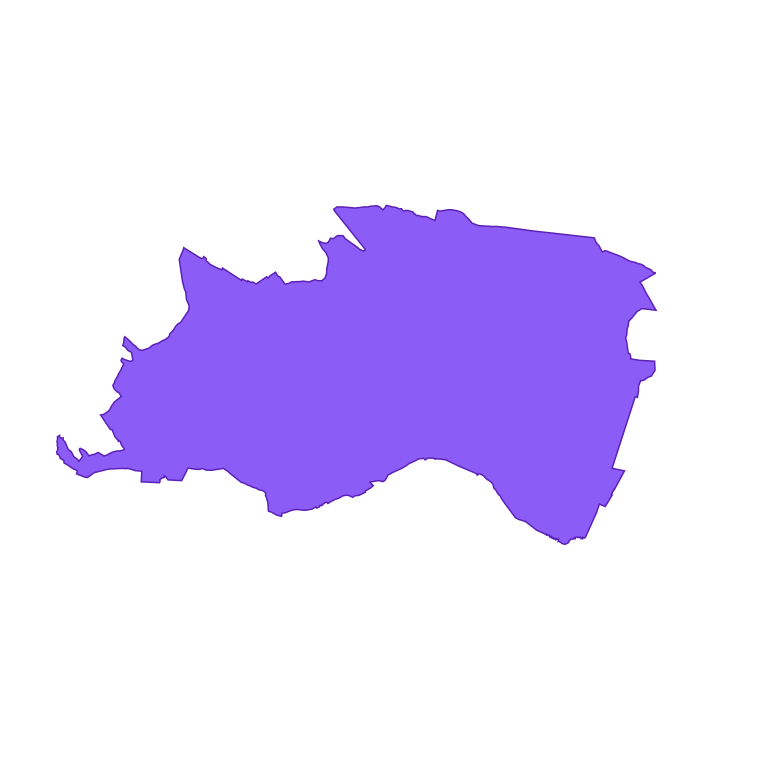 the district of Sarbi, Bihor, Romania, rotated 121°
{"feature_id": "2599482B57220998873556", "entity_name": "Sarbi", "entity_type": "district", "adm_level": 2, "iso_a3": "ROU", "parent_name": "Romania", "parent_adm1": "Bihor", "projection": "orthographic", "projection_center": [22.14, 47.176], "detail": "fine", "context": "isolated", "style": "filled", "palette": "violet", "viewbox_px": 768, "rotation_deg": 121, "n_neighbors": 0, "source": "geoboundaries", "source_scale": "gbopen_adm2", "svg_char_len": 6171}
<svg xmlns="http://www.w3.org/2000/svg" viewBox="0 0 768 768"><g transform="rotate(121 384 384)"><path d="M477.0,630.5L478.3,630.5L483.0,628.2L485.6,627.8L485.6,624.9L487.1,620.7L487.0,616.7L492.8,611.6L494.9,612.4L495.9,615.4L496.7,619.4L496.7,621.7L498.9,621.8L500.0,620.7L500.8,617.5L508.3,616.7L512.2,616.8L514.0,616.4L520.1,616.3L521.9,615.7L524.2,615.8L525.2,615.4L527.1,612.8L528.2,608.8L528.0,607.0L528.2,606.2L530.1,602.8L538.4,605.9L543.4,606.2L546.8,605.9L549.4,606.3L554.5,608.7L556.5,611.0L564.0,595.1L563.1,593.7L567.9,587.3L569.1,583.4L570.0,582.0L569.0,581.4L569.7,579.6L570.8,578.7L572.3,575.9L572.8,574.2L574.0,572.8L577.1,575.4L578.6,578.0L582.0,581.5L585.6,583.9L586.9,584.4L589.9,586.9L589.9,593.8L592.8,595.6L597.5,600.1L595.7,604.1L595.2,607.5L595.6,611.3L596.4,611.6L597.8,610.8L601.3,605.0L607.5,605.7L606.5,607.7L606.0,612.6L603.1,617.1L602.7,621.0L598.2,627.1L597.2,630.1L595.4,631.4L597.0,633.0L596.5,634.7L595.1,635.5L597.5,636.8L598.9,635.7L602.0,634.5L603.3,633.2L604.9,632.5L606.6,630.6L607.1,630.7L608.1,629.9L611.1,629.5L612.6,627.8L612.1,626.5L612.1,626.1L614.2,623.5L614.6,622.5L614.3,620.3L614.7,618.9L616.5,617.5L616.4,613.0L616.8,607.0L616.3,603.1L616.7,601.8L619.4,601.3L617.9,592.4L616.8,589.9L609.2,586.7L598.9,576.4L591.4,565.3L589.3,561.2L588.5,560.7L587.2,556.4L586.5,552.9L583.5,546.7L592.9,541.7L584.3,525.7L582.5,525.8L582.3,526.4L581.6,526.8L579.1,526.0L577.4,524.3L575.9,525.1L576.0,523.0L577.4,519.7L571.1,507.7L561.1,508.3L557.2,509.0L553.7,500.6L552.0,497.9L550.4,496.6L549.6,494.6L549.5,492.4L546.9,487.5L539.1,478.2L539.3,472.7L540.0,469.6L541.8,455.8L541.0,452.7L540.8,448.2L540.1,445.8L540.2,443.6L539.1,439.7L539.2,437.3L537.9,433.3L537.9,431.0L539.1,428.4L540.4,428.4L541.3,427.0L545.5,422.5L552.5,417.6L552.4,416.3L552.0,416.0L551.8,414.6L551.6,408.3L550.2,403.6L547.4,405.0L545.3,402.4L539.2,397.6L536.5,394.2L533.6,387.9L532.2,385.6L528.3,381.3L524.5,379.0L524.9,377.7L522.3,375.9L521.3,376.5L520.8,376.3L520.2,374.6L519.4,374.4L518.8,374.7L517.4,373.8L516.7,374.0L514.8,372.0L515.3,370.5L512.1,369.0L507.8,366.2L504.5,363.4L501.5,362.0L499.7,360.2L498.3,358.3L497.5,355.8L497.3,352.4L495.9,352.0L494.5,350.9L492.3,348.1L486.3,344.2L485.4,344.9L480.3,342.1L476.7,340.8L476.2,342.1L475.9,344.8L474.9,345.6L474.3,344.4L470.5,340.0L469.1,337.9L468.5,335.0L466.8,333.8L465.2,333.4L459.6,333.7L457.8,332.2L456.3,331.6L446.9,325.2L442.5,322.8L439.2,321.5L435.0,318.5L430.2,315.5L427.2,311.6L427.9,309.7L425.8,308.5L425.1,308.7L422.6,304.2L421.8,302.2L422.2,301.7L422.0,301.2L421.5,301.1L419.4,297.2L417.2,292.0L415.8,276.8L413.4,260.5L413.3,258.3L414.1,257.5L414.0,257.0L413.5,256.7L412.4,256.7L411.8,256.0L411.3,251.8L412.8,246.4L412.6,244.8L413.0,241.4L413.9,238.9L416.7,236.2L417.2,233.8L419.2,230.3L420.0,227.8L419.9,227.1L420.7,225.7L421.4,224.9L424.6,217.8L430.9,202.5L430.8,199.2L429.0,191.8L430.7,177.9L429.6,168.6L429.8,166.8L428.9,166.9L429.2,165.4L429.1,164.4L428.6,164.4L429.0,163.5L429.8,163.1L429.6,162.4L428.6,162.1L429.5,161.2L428.8,160.8L428.9,160.3L429.6,159.9L429.4,159.1L428.7,159.4L428.5,159.2L428.7,158.1L428.3,157.9L428.2,157.2L429.0,157.3L429.2,156.5L427.7,156.3L428.0,155.3L427.2,154.6L428.0,154.5L428.5,153.5L429.2,153.5L428.8,153.1L428.7,152.1L429.0,149.0L428.1,146.1L424.8,144.1L422.7,144.5L422.1,144.1L420.6,144.0L419.8,142.2L418.8,142.2L417.9,141.7L418.5,141.0L418.3,140.4L417.9,140.4L417.2,141.2L416.2,140.6L416.0,140.3L415.9,139.0L415.2,138.7L414.9,138.0L415.2,137.7L414.7,136.9L414.1,136.8L415.0,135.4L413.9,135.1L414.3,134.0L413.8,134.0L413.5,134.8L413.3,134.7L412.9,134.3L413.0,133.1L411.7,132.4L384.7,135.6L376.0,137.6L375.1,131.3L361.8,131.2L361.9,131.9L356.0,132.7L356.0,132.2L334.6,133.1L338.8,145.1L265.5,162.1L265.0,159.9L259.0,162.2L254.8,164.7L249.8,165.6L248.7,165.7L248.7,165.1L246.2,162.7L242.4,161.3L239.7,159.0L232.7,158.7L225.1,163.8L232.0,177.0L235.4,185.5L234.1,186.2L231.4,188.8L231.8,190.5L222.3,198.2L220.2,200.5L216.5,201.4L211.9,203.8L207.3,205.0L204.3,206.6L200.7,205.7L191.6,204.4L187.1,202.1L185.9,200.5L180.7,188.8L172.5,203.3L172.4,203.9L166.7,213.0L164.8,217.0L149.4,208.5L149.0,208.8L149.6,211.4L148.6,214.2L149.3,219.9L148.7,222.5L149.2,226.1L150.2,228.9L150.1,230.2L152.2,236.9L152.5,244.1L153.0,248.4L155.7,263.1L158.4,264.9L154.7,271.0L154.1,273.3L152.7,276.1L150.4,279.0L176.8,336.7L186.8,360.2L191.0,368.7L193.3,372.5L199.4,384.2L200.8,391.3L199.0,396.2L198.0,401.0L197.3,402.3L196.9,404.9L196.9,406.6L197.8,410.4L199.7,415.6L201.3,418.3L206.9,425.0L207.6,427.5L217.5,424.5L218.1,427.1L218.0,427.9L218.7,430.0L218.3,431.0L219.1,434.8L220.4,436.3L220.5,437.6L221.6,438.3L221.4,439.1L221.7,441.1L222.9,442.7L222.6,443.6L222.8,444.5L222.3,445.0L222.7,445.5L222.7,445.8L221.6,447.8L221.8,448.8L222.3,449.6L222.7,452.3L224.0,454.7L225.5,455.9L225.6,457.3L224.7,459.3L226.2,461.2L226.1,462.1L226.7,465.5L228.1,468.3L228.5,470.4L229.7,474.0L233.1,474.0L235.3,474.6L234.5,479.0L234.7,481.3L235.2,482.4L238.9,487.5L240.7,489.2L242.2,491.9L248.0,499.3L253.3,510.2L256.4,515.5L260.1,517.1L261.3,515.1L277.5,471.4L278.5,469.3L280.3,469.5L280.7,470.8L281.1,474.5L280.7,476.3L280.1,482.0L280.2,483.3L279.3,492.7L278.3,494.4L278.0,495.5L280.5,499.9L281.5,500.7L285.5,502.2L286.5,504.9L291.1,504.8L292.3,505.4L293.7,506.7L294.6,509.7L295.0,513.6L297.0,511.0L299.7,506.5L301.2,501.7L304.6,496.7L307.7,494.9L314.6,492.5L318.9,490.1L323.5,489.2L327.6,490.5L329.6,494.2L330.2,497.0L335.2,500.9L337.3,506.0L339.4,508.7L344.2,516.0L346.1,516.9L349.4,520.2L346.0,528.1L346.0,531.1L344.0,534.5L349.3,537.1L353.0,538.2L352.6,539.9L364.1,545.1L364.3,549.3L365.5,550.5L365.6,553.9L366.7,553.9L367.0,559.6L368.6,559.4L367.8,582.2L369.6,581.7L370.6,587.7L371.0,595.1L370.3,597.2L370.1,599.8L368.0,601.1L367.6,604.1L369.4,603.9L370.4,605.2L370.6,608.1L370.3,625.8L373.6,625.0L382.5,623.8L399.6,609.8L405.0,604.4L407.4,601.2L413.2,596.9L417.6,591.0L421.5,589.4L430.6,589.8L436.0,590.1L439.1,591.8L442.1,592.3L446.5,592.3L451.2,593.5L453.4,592.8L454.9,592.9L458.9,594.6L460.8,596.1L466.1,599.0L467.2,600.3L469.8,602.3L474.2,603.9L479.8,608.7L480.7,611.4L480.5,613.4L479.6,616.2L479.3,619.7L478.1,623.9L477.0,630.5Z" fill="#8b5cf6" stroke="#5b21b6" stroke-width="1.5"/></g></svg>